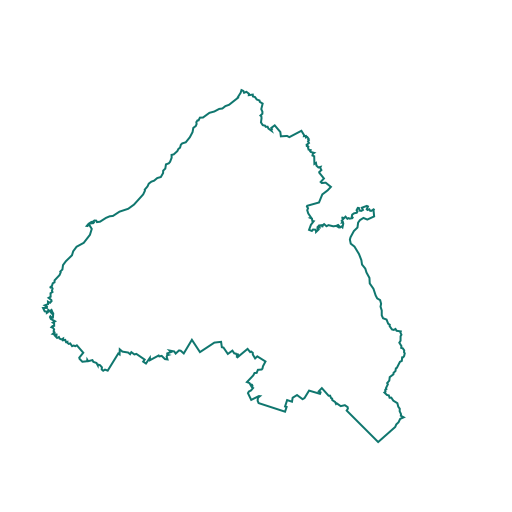 Masterton District, Wellington, New Zealand, rotated 197°
{"feature_id": "76426892B14950908560920", "entity_name": "Masterton District", "entity_type": "district", "adm_level": 2, "iso_a3": "NZL", "parent_name": "New Zealand", "parent_adm1": "Wellington", "projection": "equal_earth", "projection_center": [175.891, -40.935], "detail": "fine", "context": "isolated", "style": "outline", "palette": "teal", "viewbox_px": 512, "rotation_deg": 197, "n_neighbors": 0, "source": "geoboundaries", "source_scale": "gbopen_adm2", "svg_char_len": 6117}
<svg xmlns="http://www.w3.org/2000/svg" viewBox="0 0 512 512"><g transform="rotate(197 256 256)"><path d="M443.9,165.4L442.1,166.4L441.0,165.4L441.0,163.1L440.1,162.1L441.6,160.3L440.5,157.0L442.1,155.3L438.9,154.1L438.3,153.1L439.3,151.0L441.6,151.5L440.8,149.2L443.6,147.0L441.0,146.3L440.9,145.2L444.4,144.0L441.9,141.3L439.8,141.6L439.4,140.4L438.6,141.3L438.9,143.7L437.0,143.0L435.8,144.6L435.0,143.7L435.9,142.2L434.5,141.4L434.7,143.1L433.1,141.8L432.2,137.7L433.1,137.3L435.0,138.3L435.2,137.4L433.8,135.8L429.1,134.8L430.8,132.9L429.4,132.6L428.6,130.2L430.1,129.5L430.8,128.1L429.2,128.0L427.6,126.8L427.6,125.0L426.4,124.1L427.6,122.1L423.8,122.6L423.6,121.7L424.8,120.9L422.3,119.5L420.8,120.9L419.7,119.6L417.6,119.3L416.3,120.7L415.9,119.0L413.9,120.0L412.5,118.1L411.3,118.8L411.1,117.9L409.3,117.2L408.1,118.1L405.5,116.0L404.1,117.1L402.5,116.9L401.2,118.2L392.9,113.0L395.3,107.1L394.6,106.0L391.1,104.1L386.7,106.0L387.0,107.4L385.8,106.3L382.0,108.6L380.6,107.2L377.3,107.1L375.3,105.1L375.5,106.0L373.3,106.0L370.8,104.5L370.4,102.4L368.6,101.6L367.2,103.2L364.3,103.0L359.2,122.5L357.7,122.0L359.0,126.9L355.8,125.5L350.0,126.3L347.7,125.3L347.1,127.6L343.5,126.3L341.8,127.4L332.2,124.4L333.0,122.0L329.8,121.0L327.7,127.6L326.9,125.4L320.0,132.4L319.1,131.7L317.0,132.9L312.9,130.8L310.4,131.2L312.0,133.5L311.9,135.1L311.0,135.7L312.0,135.7L312.4,136.9L309.2,139.3L311.0,140.3L306.3,140.8L304.3,139.2L302.0,143.2L300.3,143.4L296.6,141.7L292.8,157.1L281.5,147.7L270.5,161.0L264.3,163.7L262.0,158.8L260.3,158.9L254.3,154.1L250.9,158.6L248.3,156.5L246.7,156.8L245.6,155.8L244.7,156.7L244.2,156.3L244.8,154.0L244.1,153.7L236.9,164.7L233.5,162.4L232.7,163.2L230.8,162.5L230.2,160.8L226.9,157.8L225.4,160.4L216.1,157.9L217.1,152.6L216.9,150.2L217.4,149.1L220.9,147.7L221.2,144.4L223.2,143.7L223.7,141.0L227.8,132.8L225.1,132.6L223.3,130.9L223.2,131.7L222.2,131.7L221.4,130.8L221.4,129.3L220.2,128.9L221.5,125.9L223.2,124.3L223.6,122.5L218.5,117.0L212.3,122.9L211.3,123.1L212.7,121.0L212.1,118.0L210.5,116.1L182.7,115.6L182.6,120.6L184.2,120.6L184.1,127.3L179.0,127.2L179.5,131.2L176.1,135.0L169.6,132.7L168.1,134.3L165.9,142.8L154.5,142.9L154.4,144.5L156.4,145.0L154.4,148.9L145.7,143.6L144.3,144.1L142.7,142.1L141.5,141.9L140.9,140.5L137.6,139.5L136.2,137.9L135.7,138.7L131.1,137.2L127.4,139.3L124.2,138.3L123.5,136.9L124.1,134.7L84.8,113.8L72.9,133.2L72.6,136.0L71.1,138.6L70.5,142.4L67.6,144.9L70.8,145.6L71.1,147.2L73.2,149.5L73.9,152.0L75.9,153.5L77.8,156.6L82.4,157.8L85.2,160.1L86.8,159.5L88.2,161.5L90.2,161.4L93.3,163.0L92.5,164.1L93.3,165.6L92.4,166.8L93.1,167.5L92.4,171.9L93.4,172.8L92.1,175.8L92.7,179.3L90.0,183.0L90.3,184.5L89.0,186.8L89.4,189.4L88.6,190.2L87.4,196.9L85.9,198.3L86.6,201.8L85.6,202.2L85.1,203.7L85.3,206.4L86.3,207.3L86.7,209.1L88.6,210.6L90.3,210.6L90.6,212.4L93.6,215.0L93.0,217.2L94.3,221.6L93.9,223.2L95.5,225.0L95.5,226.2L99.7,225.6L101.3,227.0L102.6,225.6L104.5,225.5L107.7,228.0L108.0,229.4L109.8,229.9L112.6,233.4L116.3,233.6L118.4,236.0L119.8,240.6L122.1,244.0L122.4,246.9L124.4,250.1L127.7,250.9L130.0,253.2L134.1,259.0L139.2,263.0L141.1,268.2L145.5,272.5L147.8,275.9L152.1,278.8L154.0,282.8L158.1,288.0L164.6,293.8L169.0,295.5L171.0,299.1L171.1,301.5L169.7,308.5L167.3,312.9L168.1,317.8L167.1,320.7L164.4,323.8L160.2,323.4L154.6,328.4L157.0,334.1L156.7,335.6L158.9,332.9L160.0,332.6L161.3,333.8L162.8,332.6L163.8,333.1L163.4,336.1L164.7,336.3L168.9,333.1L167.2,331.3L168.5,329.9L170.1,329.7L171.7,332.0L172.7,331.8L173.2,329.2L172.0,328.1L172.3,326.8L174.7,325.5L176.1,323.7L175.9,321.6L174.8,321.0L175.0,320.3L177.4,319.1L178.5,319.3L179.5,318.3L181.9,319.8L182.8,318.0L185.5,317.9L183.2,317.4L184.3,314.7L183.1,314.1L183.5,313.0L182.5,313.3L182.0,312.5L181.7,308.7L182.8,309.3L183.8,308.1L186.5,309.7L186.9,309.4L186.0,307.8L188.0,308.3L190.7,307.0L195.7,306.7L197.3,305.1L200.2,306.4L201.0,305.1L201.1,302.9L201.7,304.9L204.7,303.6L205.0,302.8L203.7,302.8L203.4,301.8L205.5,301.6L205.4,300.5L203.9,299.6L205.6,296.6L206.2,298.2L207.0,298.5L209.2,298.0L209.9,296.3L212.9,296.5L212.6,301.9L211.0,306.1L212.4,306.0L213.4,308.1L215.0,308.3L214.4,308.7L218.5,312.0L220.4,314.8L220.2,316.9L221.8,318.2L221.7,319.0L211.4,325.6L210.6,334.3L206.7,339.7L204.6,344.0L210.8,346.5L214.4,345.0L215.8,345.7L213.7,350.0L219.8,354.1L220.1,354.7L218.6,357.3L220.4,359.1L220.3,360.1L222.2,358.9L224.6,360.1L225.9,362.6L227.1,361.2L229.5,368.4L231.4,368.6L231.5,370.5L230.6,371.6L234.0,371.5L234.9,372.1L234.7,373.2L236.8,373.1L237.9,374.8L237.9,375.8L239.6,376.0L240.0,377.0L239.2,377.2L239.5,378.1L238.4,379.6L239.8,380.9L239.3,382.3L240.2,382.8L240.0,383.5L241.8,384.8L242.9,384.0L243.4,385.4L245.2,384.6L245.3,385.6L249.2,389.0L258.9,379.4L261.4,379.9L267.2,377.7L269.0,381.7L276.3,386.4L278.8,383.0L277.9,382.0L278.7,381.3L277.8,380.3L281.4,381.5L282.7,383.0L284.5,382.4L285.5,383.3L287.8,383.1L290.3,385.2L291.0,389.4L291.7,391.1L292.8,391.6L291.5,393.9L292.0,395.8L293.9,398.0L294.2,403.7L297.4,404.5L298.1,405.7L301.1,405.9L303.4,407.7L305.6,407.7L306.3,409.4L309.9,407.7L310.2,409.1L313.2,410.2L315.1,408.6L316.3,410.1L318.4,410.4L318.4,407.6L319.8,402.5L319.4,402.2L326.0,392.7L329.1,390.4L331.3,387.2L334.2,385.9L338.1,382.0L342.4,379.3L347.2,372.9L350.1,371.9L350.6,368.9L351.6,368.6L352.2,366.5L351.4,364.9L351.6,362.7L353.4,360.2L352.9,355.9L354.0,350.2L356.4,344.2L359.5,342.1L360.4,340.4L360.3,337.4L361.5,335.7L361.9,333.3L364.4,329.1L366.3,328.0L365.4,325.3L365.7,321.0L366.5,319.1L368.9,317.3L368.3,313.1L369.7,310.5L369.1,308.1L370.1,303.7L373.2,301.7L375.5,298.2L377.8,296.5L379.7,293.8L380.1,290.8L381.8,286.9L381.3,286.0L381.9,281.9L387.7,269.5L392.0,263.8L399.5,258.5L404.5,252.5L407.5,251.2L410.6,248.6L415.2,243.2L418.0,241.9L419.1,243.1L420.9,242.7L421.7,241.6L420.8,240.8L421.3,239.8L424.9,238.3L422.7,240.5L423.3,240.5L425.5,237.9L426.6,235.3L425.9,235.4L425.2,237.1L424.4,236.9L421.0,233.9L421.0,227.7L424.6,218.2L430.3,212.4L432.2,207.1L432.2,202.9L436.3,195.4L437.9,190.9L437.2,186.5L438.6,183.9L438.0,183.2L438.3,180.3L441.5,173.8L441.0,171.9L442.4,170.5L442.4,167.8L443.9,165.4Z" fill="none" stroke="#0f766e" stroke-width="2"/></g></svg>